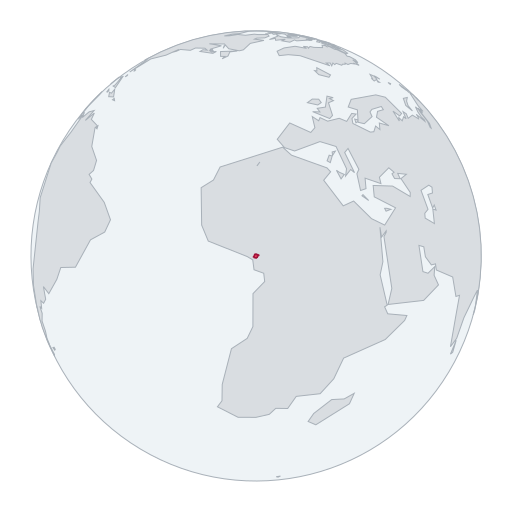 Osun highlighted on a globe, orthographic projection, rotated 31°
{"feature_id": "NGA-2855", "entity_name": "Osun", "entity_type": "State", "adm_level": 1, "iso_a3": "NGA", "parent_name": "Nigeria", "parent_adm1": "", "projection": "orthographic", "projection_center": [4.53, 7.53], "detail": "fine", "context": "on_globe", "style": "filled", "palette": "rose", "viewbox_px": 512, "rotation_deg": 31, "n_neighbors": 0, "source": "natural_earth", "source_scale": "10m", "svg_char_len": 9082}
<svg xmlns="http://www.w3.org/2000/svg" viewBox="0 0 512 512"><g transform="rotate(31 256 256)"><circle cx="256" cy="256" r="225" fill="#eef3f6" stroke="#a8b0b8"/><path d="M177.0,45.0L173.6,46.4L175.6,45.8L170.5,47.9L176.5,45.8L180.7,44.1L184.7,42.8L186.2,42.5L180.1,44.8L178.4,45.3L177.4,45.9L173.7,47.3L176.4,46.5L168.7,49.7L178.5,46.3L174.3,48.8L168.6,51.1L166.4,51.0L147.7,58.7L141.3,62.2L134.5,66.6L127.5,73.7L121.5,78.0L115.5,83.7L120.0,80.8L126.3,75.5L133.3,72.2L140.2,66.8L144.0,65.0L152.2,60.0L153.9,60.8L151.2,64.5L144.4,68.9L143.0,70.9L151.8,67.1L141.6,76.7L139.0,85.8L136.0,88.7L125.9,92.4L119.8,90.5L106.7,98.1L118.1,93.6L110.5,102.0L110.5,103.9L112.7,104.0L116.7,101.1L114.7,104.5L102.7,109.5L104.3,106.5L108.1,104.7L105.2,104.2L97.0,108.9L93.8,113.5L84.8,117.9L82.4,121.4L79.1,124.8L83.5,118.6L75.4,130.2L64.3,141.3L53.0,163.3L60.9,145.3L61.7,142.6L61.7,142.0L59.7,145.4L59.9,145.1L69.1,130.3L79.4,116.2L90.7,102.9L103.1,90.6L116.4,79.2L130.5,68.9L145.3,59.8L160.9,51.8L177.0,45.0ZM46.4,173.4L46.5,173.2L42.8,183.3L46.4,173.4ZM39.3,194.3L38.8,198.2L35.0,213.8L33.9,222.7L35.1,221.7L35.8,226.8L38.7,218.4L42.3,214.7L39.9,227.7L43.8,216.7L44.5,223.7L53.1,226.1L51.9,228.8L58.8,246.7L70.1,256.2L72.7,266.4L70.9,272.0L75.7,274.6L75.9,278.5L98.3,288.2L112.6,299.9L114.0,313.4L105.8,327.4L107.0,358.6L94.6,366.4L97.3,378.6L97.8,395.0L89.5,391.7L98.0,401.4L98.3,405.9L94.6,405.1L99.2,411.2L96.7,410.5L102.2,415.2L106.1,421.9L114.3,428.9L119.2,434.2L124.6,438.2L123.6,437.7L124.5,438.6L127.3,440.7L120.4,435.9L109.4,427.1L105.2,423.1L103.6,421.9L93.7,411.4L94.9,413.1L80.3,395.7L71.5,381.8L51.5,338.8L47.4,329.5L41.0,317.2L32.6,282.0L32.1,269.3L31.5,262.5L33.6,245.3L34.9,227.4L34.6,224.3L33.2,230.3L34.1,217.4L36.4,205.9L39.3,194.3ZM49.5,170.7L48.8,184.0L46.0,183.9L47.1,182.1L48.0,177.0L48.5,171.8L47.0,172.9L49.5,170.7ZM56.3,159.6L56.2,158.3L56.8,158.7L56.3,159.6ZM150.7,60.0L151.4,60.0L149.5,60.9L150.7,60.0ZM153.6,58.0L150.9,59.1L151.8,58.3L153.5,57.7L153.6,58.0ZM156.7,57.0L153.9,56.9L155.7,55.7L163.4,52.3L156.7,57.0ZM181.4,43.7L176.9,45.5L179.2,44.4L181.4,43.7ZM196.9,38.6L195.9,38.9L190.6,40.4L195.8,39.0L181.8,43.4L182.3,43.1L196.9,38.6ZM186.5,42.2L186.1,42.1L192.4,40.1L194.4,39.9L191.7,40.6L186.5,42.2ZM191.0,40.9L195.2,39.9L193.6,40.7L187.3,42.2L191.0,40.9ZM193.2,39.7L196.3,38.8L195.2,39.2L193.2,39.7ZM190.3,44.0L189.7,43.5L193.0,42.3L190.3,44.0ZM196.8,39.5L197.4,39.2L198.6,38.8L200.9,38.4L196.8,39.5ZM208.6,35.8L210.4,35.4L204.2,36.8L208.1,36.0L209.0,35.8L203.0,37.2L203.8,36.9L204.3,36.8L206.3,36.3L208.6,35.8ZM206.9,37.0L200.1,39.2L200.6,40.1L197.7,41.1L197.5,39.5L206.9,37.0ZM205.1,36.9L205.6,37.1L201.8,38.0L199.1,38.5L205.1,36.9ZM213.8,34.7L214.6,34.6L212.9,34.9L213.8,34.7ZM207.8,37.0L209.4,36.5L208.3,36.9L207.8,37.0ZM213.3,35.0L212.1,35.2L213.8,34.8L213.3,35.0ZM213.7,35.6L211.5,36.2L209.6,36.4L213.7,35.6ZM214.1,35.1L216.7,34.7L210.2,36.1L213.3,35.2L214.1,35.1ZM215.1,34.7L215.7,34.5L215.4,34.7L215.1,34.7ZM222.0,34.7L214.3,36.5L210.2,36.8L218.2,35.0L222.0,34.7ZM134.5,445.3L122.3,437.3L128.0,441.2L125.1,438.7L134.0,444.2L134.5,445.3ZM129.1,439.1L129.9,438.2L132.0,439.4L132.0,440.4L129.1,439.1ZM471.5,190.2L472.5,194.5L470.0,186.3L463.4,171.1L463.8,177.8L466.0,201.8L470.4,223.2L469.4,233.6L458.2,204.6L450.7,184.9L448.2,187.7L435.4,172.7L417.8,175.1L413.9,170.3L410.9,173.3L401.6,169.4L395.1,161.7L390.2,163.0L407.1,183.4L412.3,182.2L414.7,173.1L418.6,180.8L427.3,186.8L422.6,207.7L394.2,229.5L389.1,213.8L355.7,173.5L355.4,168.7L355.2,168.2L354.6,167.3L353.9,175.1L347.4,167.5L367.7,195.5L372.1,208.2L393.8,230.6L392.4,233.3L398.7,237.7L416.0,229.3L416.6,234.7L409.8,261.0L383.7,298.4L385.9,321.2L381.9,341.0L362.8,355.6L361.7,370.4L351.4,376.4L348.9,384.9L339.1,394.3L323.7,403.5L300.6,405.1L301.4,397.6L293.2,383.5L282.7,348.1L290.9,331.1L289.7,318.1L272.8,289.8L276.6,273.4L271.5,266.8L261.4,268.8L255.2,261.0L248.8,261.0L207.4,267.8L193.5,257.5L173.8,225.7L180.4,212.8L179.4,198.2L222.8,149.0L234.5,151.3L271.5,143.9L276.6,145.4L275.0,156.2L304.9,168.1L311.4,158.6L335.8,164.5L350.4,163.2L350.8,142.8L326.9,144.4L320.1,135.2L337.1,125.7L357.5,125.6L355.5,122.1L340.4,115.0L342.8,108.5L334.9,112.2L339.8,115.5L334.9,118.2L330.2,115.5L331.2,113.1L324.4,112.0L321.2,124.9L325.8,129.6L309.4,133.1L315.6,141.6L311.9,146.0L300.1,133.5L299.5,128.7L279.5,116.4L278.7,121.6L297.5,133.8L292.6,133.1L291.6,141.3L288.6,134.5L268.2,120.9L251.9,125.0L235.0,146.1L224.6,148.4L214.1,145.0L216.4,124.6L239.3,121.9L240.4,115.7L232.4,107.5L240.1,107.8L239.6,104.4L248.0,103.5L256.4,95.1L264.4,93.9L264.6,84.5L268.7,82.8L267.4,88.7L270.8,92.5L290.2,90.9L293.0,88.8L291.6,83.0L297.1,83.8L293.2,78.5L302.8,75.9L287.8,75.0L285.7,69.4L289.8,65.0L286.4,63.3L279.8,70.6L279.5,73.8L283.7,76.7L280.7,86.8L274.7,88.8L267.6,78.5L258.3,80.8L256.9,72.7L275.7,56.2L285.1,53.3L307.4,58.8L307.0,61.9L298.8,61.3L309.3,66.5L307.1,63.8L311.7,64.8L310.8,60.6L314.0,61.1L307.7,56.5L311.6,56.7L315.5,59.6L317.5,54.7L324.6,54.7L323.5,53.4L320.4,52.0L331.5,53.6L330.2,52.6L326.1,51.7L320.8,49.3L315.8,46.0L319.9,46.7L322.3,47.9L333.5,52.2L339.1,56.1L340.3,56.2L336.4,53.0L322.7,47.7L318.5,45.6L325.1,47.6L322.4,46.7L321.6,45.9L324.7,46.0L317.5,43.7L303.3,36.7L307.9,37.0L315.4,39.1L311.5,37.7L327.4,42.3L342.8,48.1L357.8,55.0L372.2,63.0L386.0,72.0L399.1,82.0L411.5,93.0L423.0,104.8L433.6,117.4L443.3,130.8L451.9,144.8L459.5,159.5L466.1,174.6L471.5,190.2ZM210.9,173.4L210.5,177.8L210.4,177.8L210.9,173.4ZM381.5,136.4L392.2,136.3L383.4,124.7L386.7,123.9L382.5,120.5L382.7,123.9L371.6,114.8L374.8,111.1L371.4,106.4L367.6,106.3L363.6,114.7L379.4,127.4L378.7,132.5L381.5,136.4ZM53.5,226.0L54.2,228.9L52.6,228.5L53.5,226.0ZM44.0,188.8L44.6,189.7L44.4,191.9L43.6,192.1L44.0,188.8ZM53.3,193.9L54.8,195.7L52.5,196.0L53.3,193.9ZM49.0,185.8L52.0,193.0L47.7,195.3L46.1,191.1L48.2,190.9L49.0,185.8ZM52.7,166.4L52.7,167.7L51.6,169.8L52.7,166.4ZM56.7,159.9L56.5,160.0L57.1,158.0L56.7,159.9ZM111.3,101.7L112.2,101.4L113.6,102.2L111.4,103.3L111.3,101.7ZM129.0,99.0L125.4,104.4L126.5,101.0L122.8,103.1L120.3,99.0L134.4,89.9L128.5,94.5L129.0,99.0ZM121.0,91.9L120.9,94.9L120.4,92.0L121.0,91.9ZM229.0,89.3L232.9,90.9L231.2,94.7L221.1,98.1L223.4,92.5L229.0,89.3ZM238.8,92.6L234.5,82.4L240.6,80.5L237.9,83.2L242.4,82.9L239.2,87.3L249.2,96.1L248.4,100.2L230.2,103.1L236.6,99.6L232.4,97.9L238.8,92.6ZM212.9,66.0L211.1,63.3L226.6,62.4L226.5,65.2L216.4,68.2L210.7,66.9L212.9,66.0ZM171.0,51.8L169.3,52.0L171.0,51.1L173.8,50.3L171.0,51.8ZM189.8,43.9L180.1,50.6L177.7,51.0L174.9,55.3L167.4,58.2L169.5,55.1L161.7,61.0L160.5,59.5L156.0,63.5L161.3,56.5L160.0,55.8L164.3,55.3L171.2,52.5L173.7,51.1L180.1,47.0L180.6,45.0L187.5,42.6L192.2,41.4L193.2,41.5L188.4,42.9L193.1,42.0L186.9,44.3L189.8,43.9ZM243.8,37.8L237.8,38.0L246.2,39.5L240.0,40.5L241.4,40.7L238.0,42.2L236.2,44.5L233.0,44.8L233.7,45.7L231.4,47.0L231.3,48.3L225.5,49.6L224.9,51.4L222.5,51.0L223.0,54.0L220.1,52.4L216.9,54.4L221.4,54.9L190.6,61.6L180.0,66.8L172.7,72.3L168.6,69.6L172.9,63.2L181.5,56.1L192.4,52.0L188.6,51.9L192.6,50.1L193.9,50.9L194.4,48.6L198.1,47.4L205.7,43.1L204.1,41.3L206.9,40.0L209.4,40.1L210.4,38.8L217.0,38.3L219.1,37.5L227.7,36.6L231.3,37.8L233.4,36.9L240.1,36.6L243.8,37.8ZM224.4,34.5L230.1,35.0L229.5,36.0L214.7,37.3L211.9,38.2L202.4,39.7L203.4,38.4L206.0,38.0L208.8,37.3L207.4,38.0L210.6,37.0L214.3,36.5L217.9,35.8L218.8,36.1L224.4,34.5ZM280.8,141.1L284.4,141.3L289.7,140.6L289.2,146.1L280.8,141.1ZM266.8,131.9L269.8,131.0L271.6,137.7L267.9,137.8L266.8,131.9ZM270.0,125.2L269.8,130.4L267.7,127.6L270.0,125.2ZM270.1,87.8L273.1,86.9L274.1,88.2L273.1,90.4L270.1,87.8ZM267.2,45.1L263.9,44.4L264.4,43.9L260.2,41.6L264.4,41.0L268.6,42.2L267.2,45.1ZM347.6,146.5L344.4,150.6L341.7,148.9L343.4,147.8L347.6,146.5ZM316.1,148.3L324.0,150.4L315.8,149.8L316.1,148.3ZM271.1,44.1L268.9,43.1L272.4,43.5L271.1,44.1ZM267.3,40.5L271.1,40.7L264.4,40.7L267.3,40.5ZM390.3,432.0L388.8,434.2L387.0,434.8L390.3,432.0ZM412.2,334.5L394.2,369.9L385.9,371.0L386.6,361.2L394.8,340.1L405.2,333.1L410.9,323.1L412.2,334.5ZM471.0,225.1L474.2,237.3L473.2,240.0L471.0,225.1ZM304.0,42.2L305.3,45.7L308.9,48.8L315.4,51.1L306.8,49.8L301.1,45.0L304.0,42.2ZM303.0,37.1L297.3,35.8L299.3,35.9L300.9,36.2L303.0,37.1ZM299.9,36.6L293.7,36.1L290.3,35.2L295.8,35.7L299.9,36.6ZM282.6,38.9L282.7,39.8L279.8,39.3L282.6,38.9Z" fill="#d9dde1" stroke="#a8b0b8" stroke-width="1"/><path d="M254.6,257.9L254.6,257.7L254.2,257.6L254.5,256.2L254.4,256.0L254.3,255.9L254.1,255.7L254.1,255.4L254.2,255.2L254.2,254.9L254.3,254.8L254.5,254.8L254.7,254.7L254.8,254.6L254.9,254.4L255.0,254.3L255.2,254.5L255.3,254.7L255.5,254.7L255.8,254.5L255.8,254.4L256.0,254.4L256.1,254.2L256.4,254.0L256.6,254.0L256.8,254.0L256.9,253.9L257.0,253.9L257.3,253.9L257.6,253.8L257.7,254.0L257.8,254.0L258.0,254.0L258.0,254.4L257.9,254.5L257.7,254.5L257.5,254.8L257.5,255.2L257.5,255.4L257.5,255.6L257.8,256.5L257.6,256.7L257.4,256.8L257.3,257.1L257.3,257.4L257.3,257.5L257.2,257.7L256.9,257.6L256.6,257.6L256.4,257.9L256.3,258.0L256.1,258.1L255.9,258.1L255.7,258.1L255.4,258.2L255.3,257.9L255.2,257.8L255.1,257.7L254.9,257.7L254.8,257.8L254.6,257.9Z" fill="#f43f5e" stroke="#9f1239" stroke-width="1.5"/></g></svg>